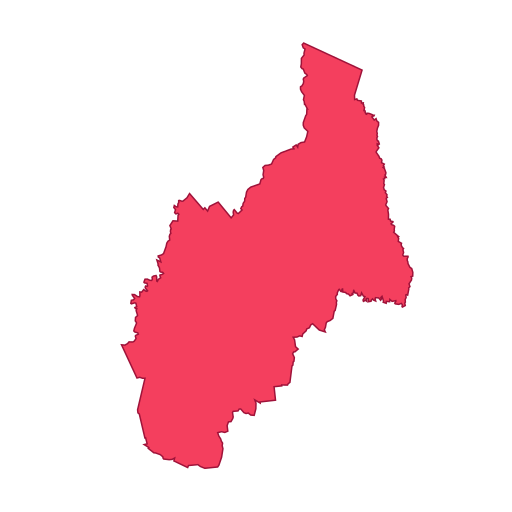 outline of Mount Barker, South Australia, Australia, rotated 348°
{"feature_id": "25037944B83528217861906", "entity_name": "Mount Barker", "entity_type": "district", "adm_level": 2, "iso_a3": "AUS", "parent_name": "Australia", "parent_adm1": "South Australia", "projection": "equal_earth", "projection_center": [138.877, -35.069], "detail": "fine", "context": "isolated", "style": "filled", "palette": "rose", "viewbox_px": 512, "rotation_deg": 348, "n_neighbors": 0, "source": "geoboundaries", "source_scale": "gbopen_adm2", "svg_char_len": 6150}
<svg xmlns="http://www.w3.org/2000/svg" viewBox="0 0 512 512"><g transform="rotate(348 256 256)"><path d="M106.0,314.9L114.2,350.6L117.1,350.5L119.6,352.0L122.0,352.5L108.2,381.8L107.9,384.9L109.0,386.3L109.5,410.9L110.2,410.9L110.5,417.1L107.4,417.2L111.3,421.0L110.6,421.8L115.2,427.3L116.7,427.7L121.1,430.4L123.1,433.0L123.1,434.6L123.5,435.4L128.8,437.2L131.7,437.5L134.4,436.7L133.1,439.4L145.2,448.7L146.4,446.9L155.8,448.0L157.8,450.3L161.8,453.0L174.6,454.4L176.2,452.9L180.5,445.7L183.6,437.6L183.5,434.5L184.4,432.1L183.6,429.9L183.4,427.5L182.2,424.4L181.8,420.8L185.8,420.7L188.8,422.1L192.0,421.5L192.5,415.9L194.6,412.5L197.1,412.8L199.5,410.1L200.2,408.7L200.5,404.1L201.4,403.2L206.2,403.8L207.6,402.3L208.7,402.3L209.4,402.7L211.6,406.7L213.5,408.0L215.8,408.0L217.8,410.5L221.1,411.5L224.1,405.4L225.4,399.9L224.9,396.5L229.5,400.7L229.6,399.6L245.1,401.1L246.5,387.6L254.2,388.4L254.3,387.5L260.0,388.8L260.9,387.6L262.9,386.7L268.3,371.1L269.4,370.4L270.3,367.4L271.2,366.9L272.4,363.3L271.5,359.3L272.8,357.7L274.2,357.8L277.9,355.8L275.8,352.9L276.3,346.0L275.5,343.2L279.3,343.8L282.1,343.2L284.4,344.3L285.5,342.0L289.5,339.6L290.4,337.9L293.3,337.3L295.2,334.8L297.3,334.0L302.5,341.6L308.0,344.7L307.5,342.4L309.1,340.2L310.8,336.0L312.1,335.0L315.1,334.5L318.2,333.0L321.0,326.3L322.1,325.7L324.7,320.1L325.0,317.8L325.8,316.7L325.1,314.6L325.5,312.2L327.6,310.4L327.8,309.0L330.0,306.0L330.6,305.9L331.6,308.3L332.3,308.6L333.2,306.4L333.8,306.3L333.5,309.3L336.1,310.3L336.7,311.6L338.6,312.5L339.7,314.5L342.7,313.8L342.3,312.6L344.0,312.2L344.0,310.6L344.5,310.1L345.2,312.8L347.1,313.4L347.5,315.5L348.3,316.5L350.2,316.6L351.6,314.0L352.7,317.5L354.1,318.4L351.6,321.2L351.5,322.3L351.9,322.8L353.5,321.9L355.0,323.4L355.0,320.7L355.7,320.5L356.9,321.0L356.7,324.1L359.1,324.2L359.7,323.0L361.1,322.2L361.7,323.5L363.7,324.9L363.6,322.7L364.2,321.6L367.3,322.5L368.7,325.2L369.7,324.2L369.5,322.5L370.9,321.6L371.4,326.7L370.8,327.7L371.3,328.0L373.5,329.3L374.0,327.5L377.2,328.5L377.9,326.3L379.7,328.7L383.5,328.7L383.4,329.4L381.9,331.0L382.3,331.8L385.6,333.0L388.3,332.6L389.0,334.1L388.3,335.9L388.6,336.4L391.7,335.5L391.7,333.0L392.5,332.2L392.9,329.5L394.2,327.9L394.4,325.3L395.1,325.0L396.2,325.8L398.6,320.1L398.7,318.9L400.2,318.0L399.9,315.0L403.1,311.8L403.7,310.1L403.4,308.4L405.1,308.3L406.0,304.6L405.7,300.6L404.2,299.1L403.1,295.0L403.3,293.3L403.0,291.8L403.4,290.0L404.6,288.5L404.6,287.8L400.6,287.0L399.9,286.1L399.8,285.4L401.1,283.3L401.0,280.4L401.9,279.3L401.2,278.6L400.4,276.5L400.4,274.9L401.0,273.8L398.2,271.3L399.2,268.4L398.6,266.7L399.5,266.6L395.6,261.4L396.6,260.3L396.7,258.7L397.8,255.8L397.0,254.6L395.3,253.6L394.8,252.6L397.1,251.2L397.1,250.8L394.9,249.8L394.8,247.9L393.2,247.5L394.3,242.7L394.5,238.4L395.5,237.1L393.6,233.6L393.6,232.8L395.5,230.1L395.3,227.2L395.5,226.5L396.7,226.0L396.2,224.6L396.9,223.4L395.7,221.0L396.6,219.5L395.2,217.9L395.0,215.5L396.5,212.8L396.0,211.8L397.0,208.9L396.7,207.2L398.0,207.1L398.1,205.7L399.7,206.2L399.0,203.6L399.9,202.9L400.4,201.5L399.8,197.2L398.8,195.9L399.9,195.6L399.3,194.3L400.6,192.8L398.2,190.8L399.1,188.4L398.6,186.9L397.3,186.1L397.0,184.0L395.1,179.5L395.4,178.7L398.7,175.7L397.6,173.1L397.9,171.5L398.4,171.9L398.5,172.8L399.9,172.1L399.6,169.0L398.8,168.6L398.5,167.1L398.9,165.3L399.7,164.5L399.4,162.9L400.1,161.4L400.0,159.3L401.4,156.1L403.1,153.6L403.7,150.8L402.2,148.8L402.0,146.6L399.9,147.6L398.3,144.1L398.5,143.6L400.5,143.5L400.9,142.9L399.2,142.4L399.1,141.9L396.2,140.0L394.3,139.4L393.7,140.4L393.2,140.2L392.6,138.3L392.9,137.0L392.5,136.1L391.9,136.1L393.1,133.2L392.5,132.0L392.8,130.6L392.3,130.0L392.8,128.5L391.0,128.3L391.3,126.3L387.6,124.8L387.3,123.3L385.0,123.5L385.8,119.1L398.4,96.2L346.9,57.6L345.1,58.9L345.5,62.2L347.0,63.7L345.1,67.6L344.9,69.3L341.5,72.1L340.3,77.5L339.1,80.4L340.0,82.3L341.1,83.0L341.8,87.3L343.4,89.0L343.7,90.2L339.8,91.8L339.0,92.8L339.0,95.0L338.1,97.2L336.1,99.3L334.8,99.6L334.6,100.2L334.2,102.1L334.8,104.9L336.7,109.0L334.9,113.0L335.3,114.7L335.0,117.7L335.4,117.7L336.8,122.5L336.5,122.3L335.0,128.0L333.8,129.1L330.0,135.3L329.4,137.9L329.8,140.7L332.6,144.9L330.3,149.9L327.2,154.6L323.6,154.4L320.4,155.5L319.4,158.2L318.4,155.7L314.7,157.1L315.4,159.0L312.4,158.7L301.9,160.3L296.1,162.9L295.7,164.0L293.3,165.2L290.3,169.3L286.9,169.7L283.7,169.3L281.1,170.8L281.3,174.0L279.8,178.0L279.9,180.6L279.2,181.7L278.1,181.6L276.8,182.3L274.7,186.3L265.2,187.5L261.9,189.2L260.0,191.5L258.1,196.4L257.0,197.3L256.3,200.0L254.4,201.8L253.4,204.4L252.2,204.9L251.0,206.5L251.9,208.1L247.5,210.8L246.5,210.2L244.4,206.1L243.6,206.6L242.8,208.3L242.6,211.2L239.6,213.5L230.2,195.4L220.9,197.8L218.0,202.0L216.0,198.2L214.1,199.5L204.0,181.1L200.6,184.7L196.0,187.1L195.0,187.1L192.8,185.7L191.9,185.7L191.5,187.6L190.5,188.8L189.6,191.7L188.2,191.3L186.6,189.6L185.7,191.5L186.9,193.9L185.4,196.7L186.4,198.2L188.4,197.9L189.2,199.1L188.2,200.1L186.7,205.6L182.1,204.3L178.1,208.3L178.7,211.9L178.1,212.2L177.4,214.1L177.4,216.2L176.4,216.8L175.3,218.7L174.9,222.5L173.0,223.2L171.4,224.9L170.0,228.1L166.1,234.4L163.9,235.3L160.3,235.6L160.2,236.7L161.4,237.9L161.7,242.0L158.2,239.3L158.6,243.5L158.2,244.5L159.1,247.5L158.8,251.2L159.6,252.0L161.3,252.5L162.0,253.8L160.5,254.5L158.1,254.6L157.9,255.3L158.2,257.5L155.7,258.5L154.2,260.4L153.7,259.9L154.5,255.6L154.2,254.3L151.5,254.3L149.9,255.1L149.8,257.2L148.8,258.2L147.2,257.7L144.9,256.0L142.6,255.6L140.9,258.3L141.3,259.1L143.8,260.1L143.7,262.8L143.2,263.1L141.8,262.4L141.1,263.4L141.2,264.6L142.7,267.5L141.9,267.9L140.8,267.4L139.2,265.5L136.6,267.6L134.9,267.0L134.3,270.4L133.6,271.7L131.7,271.1L129.2,268.5L126.9,267.9L126.9,268.9L128.5,272.2L127.1,273.4L124.9,273.4L123.7,276.3L124.2,276.9L127.7,276.6L128.7,277.2L128.8,280.8L126.8,281.2L127.1,282.3L128.4,282.8L127.4,284.5L127.8,289.1L127.7,289.7L125.4,291.0L124.4,294.4L125.2,296.2L125.0,297.2L122.1,301.4L120.9,303.9L121.6,305.1L124.4,306.6L124.6,308.0L121.7,308.7L121.3,309.3L121.5,311.8L119.2,314.0L117.6,314.5L113.9,313.6L112.1,315.0L109.2,315.9L106.0,314.9Z" fill="#f43f5e" stroke="#9f1239" stroke-width="1.5"/></g></svg>